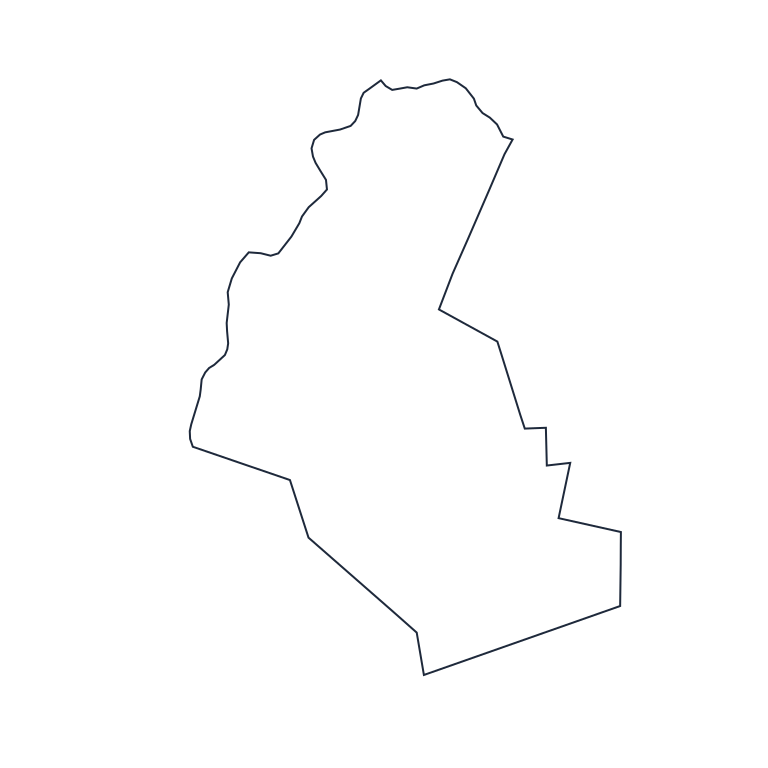 Lagoa do Piauí, Piauí, Brazil, rotated 251°
{"feature_id": "56859067B46301413815752", "entity_name": "Lagoa do Piauí", "entity_type": "district", "adm_level": 2, "iso_a3": "BRA", "parent_name": "Brazil", "parent_adm1": "Piauí", "projection": "albers", "projection_center": [-42.544, -5.453], "detail": "fine", "context": "isolated", "style": "outline", "palette": "slate", "viewbox_px": 768, "rotation_deg": 251, "n_neighbors": 0, "source": "geoboundaries", "source_scale": "gbopen_adm2", "svg_char_len": 1208}
<svg xmlns="http://www.w3.org/2000/svg" viewBox="0 0 768 768"><g transform="rotate(251 384 384)"><path d="M386.9,182.8L323.8,263.8L263.3,262.6L164.5,319.2L138.3,334.0L95.9,327.0L97.2,535.0L135.9,548.9L154.2,555.3L166.9,559.8L200.3,505.4L248.8,534.4L253.9,511.4L289.9,522.8L292.9,512.9L296.0,502.6L310.6,502.8L375.4,504.7L387.2,505.0L436.6,460.2L466.0,484.8L493.7,510.5L533.6,547.0L562.0,572.7L573.3,585.2L579.1,577.3L592.6,575.4L601.4,570.8L608.1,565.4L617.3,561.9L624.5,561.9L637.0,557.6L645.7,551.2L650.6,545.5L651.8,538.1L652.0,528.6L653.3,519.3L652.7,511.1L657.0,502.6L658.2,494.8L659.4,487.5L665.2,482.6L672.1,479.9L667.9,466.1L666.0,459.6L661.5,455.1L646.8,447.1L642.0,442.4L638.9,436.5L638.9,425.3L641.1,410.3L640.7,404.7L637.6,397.4L630.4,392.2L622.2,390.9L615.4,391.3L606.0,393.3L595.9,395.6L586.5,393.4L582.2,385.8L575.7,370.4L569.1,361.0L563.6,356.3L553.5,344.4L541.9,326.6L542.2,318.6L547.8,310.0L552.5,299.0L545.9,287.6L533.4,274.5L521.7,266.1L509.6,263.1L492.9,255.1L484.9,252.8L473.2,249.9L467.8,247.1L463.2,243.0L457.4,229.7L456.1,223.9L453.1,218.7L447.7,213.1L438.5,208.9L432.3,205.8L408.6,188.6L402.7,185.0L395.2,182.8L386.9,182.8Z" fill="none" stroke="#1e293b" stroke-width="2"/></g></svg>